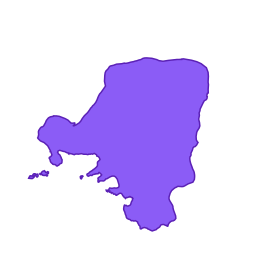 the district of Nyamagana, Mwanza, United Republic of Tanzania, rotated 293°
{"feature_id": "72390352B17873975087440", "entity_name": "Nyamagana", "entity_type": "district", "adm_level": 2, "iso_a3": "TZA", "parent_name": "United Republic of Tanzania", "parent_adm1": "Mwanza", "projection": "albers", "projection_center": [32.9, -2.576], "detail": "fine", "context": "isolated", "style": "filled", "palette": "violet", "viewbox_px": 256, "rotation_deg": 293, "n_neighbors": 0, "source": "geoboundaries", "source_scale": "gbopen_adm2", "svg_char_len": 5582}
<svg xmlns="http://www.w3.org/2000/svg" viewBox="0 0 256 256"><g transform="rotate(293 128 128)"><path d="M80.3,61.0L76.7,65.5L75.8,65.6L75.9,66.3L73.7,68.3L72.8,68.5L71.1,67.9L70.7,67.6L70.5,67.2L69.8,67.1L69.2,67.4L68.6,68.4L66.7,69.8L65.9,71.2L65.7,72.3L65.3,72.8L65.4,74.0L65.9,75.3L65.7,76.1L65.3,76.6L65.4,77.0L65.2,77.3L65.4,77.8L65.9,78.0L66.7,78.8L67.9,79.1L69.0,79.9L69.5,80.5L70.2,80.7L72.1,80.1L73.1,79.7L73.8,78.7L74.7,78.0L76.6,75.7L76.8,75.2L76.9,74.1L77.9,73.2L78.1,72.7L79.7,72.7L80.8,73.9L81.2,77.6L81.6,79.2L81.4,80.5L81.4,81.9L81.7,82.5L81.7,83.4L81.0,83.4L80.9,83.8L81.8,83.8L82.0,85.8L82.3,86.3L82.3,87.9L82.5,89.1L83.3,89.6L84.1,91.1L84.5,92.5L86.2,95.2L86.5,97.4L87.5,99.8L87.7,101.1L88.0,101.7L88.6,102.1L89.1,103.5L89.8,104.2L90.1,105.7L91.4,106.8L91.1,109.3L90.8,109.8L90.0,110.2L90.1,111.7L89.9,112.2L89.7,112.8L88.2,114.5L87.7,114.5L84.9,113.3L83.8,113.5L82.5,114.2L81.2,114.6L79.6,114.2L77.1,113.0L76.1,112.2L75.2,111.9L72.4,109.9L71.0,109.5L69.8,108.4L69.3,108.3L68.5,108.8L68.2,109.3L68.1,110.3L70.0,112.1L70.0,112.8L70.2,113.4L71.3,113.8L72.3,115.2L73.1,115.9L73.0,116.4L73.7,117.0L74.1,118.3L75.7,118.6L75.9,119.2L75.3,120.1L74.9,121.6L74.5,122.1L72.8,121.5L70.6,120.1L70.1,120.0L69.5,120.2L69.2,120.7L67.5,121.0L66.6,121.6L66.6,122.0L66.8,122.3L67.1,122.4L67.3,122.1L67.8,122.6L68.2,122.6L69.1,124.5L69.7,126.2L70.6,127.0L72.3,127.4L73.1,128.5L75.6,130.3L77.1,131.7L77.8,132.7L78.3,134.1L78.1,135.7L76.7,138.1L72.2,141.9L70.6,142.6L70.0,142.5L69.1,142.0L68.0,140.6L67.5,138.8L66.2,136.8L65.6,134.6L64.8,134.4L63.2,134.4L62.6,134.0L62.5,133.8L62.7,133.3L62.4,133.1L62.3,132.2L61.9,132.4L61.8,132.8L61.5,132.9L61.4,133.1L61.5,133.4L61.3,134.1L62.2,134.4L62.6,135.4L62.3,135.3L61.8,135.7L61.7,136.1L61.8,136.3L62.1,136.3L62.2,137.2L61.5,138.1L62.2,138.4L62.2,139.3L61.6,140.3L61.5,140.9L62.0,141.4L62.0,142.3L61.9,142.8L61.5,143.0L61.5,143.4L61.6,143.8L64.2,145.5L64.8,146.1L65.1,146.9L65.1,147.5L64.7,148.5L63.5,149.9L63.4,150.7L62.6,151.6L62.6,152.7L62.1,153.2L62.4,153.4L63.4,153.6L63.6,154.3L64.0,154.9L64.8,155.6L64.8,156.0L65.2,156.4L65.7,156.5L65.7,157.2L65.4,157.7L65.6,159.3L65.2,159.4L64.9,160.1L64.3,159.9L63.5,160.3L61.4,160.0L58.6,160.3L57.7,160.0L56.2,158.6L55.8,157.7L56.0,157.1L56.1,156.4L55.3,155.6L55.7,155.4L55.8,155.0L55.5,154.8L54.3,154.9L52.1,155.5L51.1,156.0L50.1,157.0L49.7,157.6L47.3,159.5L46.6,160.4L45.3,161.2L44.4,162.5L44.3,164.3L44.5,165.9L44.0,166.9L44.0,167.6L44.7,168.7L44.6,169.6L45.1,170.5L45.5,170.8L45.5,171.7L45.3,172.4L45.3,173.5L44.1,174.4L43.7,175.1L42.9,175.9L42.4,177.2L42.1,177.5L40.6,178.3L40.1,178.7L40.1,179.2L40.5,179.8L41.4,180.2L42.8,181.9L43.2,184.8L42.8,185.5L42.9,186.7L42.7,188.8L42.7,190.5L45.5,193.7L46.7,194.1L48.7,195.5L49.6,195.9L51.5,196.1L52.3,196.9L53.2,198.7L53.0,200.6L53.4,201.5L52.9,202.3L53.1,202.9L53.8,202.7L53.8,202.9L54.3,202.9L55.5,202.8L57.2,203.2L58.9,204.1L59.4,204.6L60.4,206.1L60.9,206.4L61.3,206.8L63.4,207.4L65.7,206.2L70.2,202.0L72.1,200.6L73.3,200.0L74.3,199.1L77.4,194.8L78.7,193.5L80.6,192.7L84.5,192.3L87.4,192.6L90.1,193.9L91.6,194.8L92.1,195.4L93.8,196.7L95.1,200.6L95.8,201.8L96.9,202.8L100.1,205.2L103.5,208.9L106.6,209.2L109.1,208.4L110.7,207.7L112.8,206.4L113.9,205.5L115.5,203.6L117.3,202.0L119.8,199.6L121.9,198.0L123.8,196.9L125.5,196.3L126.6,196.6L127.8,196.6L129.3,195.8L132.7,195.9L135.4,195.6L136.4,196.1L137.1,197.0L139.0,197.8L142.1,198.1L142.5,197.1L143.8,195.5L146.8,194.0L150.6,193.0L152.1,192.9L155.8,193.5L158.0,193.3L161.1,191.6L163.7,189.6L167.5,188.8L169.6,187.6L172.0,187.5L173.6,187.0L180.1,187.3L183.0,187.6L184.4,188.8L185.8,189.2L187.9,188.7L188.0,188.2L189.1,187.8L190.9,187.5L191.6,188.2L194.8,186.7L199.4,185.1L201.5,183.8L207.0,181.8L210.5,180.0L214.1,176.6L215.8,170.2L215.9,165.4L215.2,160.0L213.3,152.0L212.4,150.4L212.1,150.6L210.2,146.3L205.9,138.6L203.1,134.1L202.1,130.1L202.2,127.8L201.5,122.8L199.9,118.0L199.1,116.2L198.0,114.6L196.0,113.1L194.8,111.4L193.3,109.8L192.3,108.3L191.2,107.1L189.7,104.8L188.1,102.9L186.9,101.1L186.2,99.4L186.3,99.2L184.7,97.1L182.3,92.5L180.2,90.3L178.3,87.7L177.4,87.0L174.6,86.5L171.8,85.4L169.9,85.4L167.3,86.1L161.8,88.1L157.8,90.9L157.3,90.8L150.2,89.3L148.2,88.6L145.9,88.4L143.8,88.4L142.1,88.5L138.9,88.3L136.0,87.5L134.7,86.8L132.8,86.4L131.6,85.8L130.3,85.7L126.3,84.8L122.4,83.1L118.8,82.2L116.2,81.9L113.7,81.1L110.5,78.9L108.8,77.3L108.8,76.9L110.4,77.4L111.1,77.4L111.7,77.2L111.8,76.8L110.7,75.0L110.3,73.5L111.8,69.7L112.1,66.3L111.9,60.3L111.2,57.6L110.0,54.6L109.5,54.6L108.1,52.4L107.5,51.8L106.2,50.8L103.1,49.9L100.1,49.9L98.0,49.6L97.4,49.7L95.7,48.9L95.1,47.9L93.7,47.3L90.9,46.8L89.5,47.0L86.8,48.4L84.2,48.8L83.6,48.7L83.1,49.4L81.9,52.4L81.8,56.5L80.3,61.0ZM52.0,65.9L51.6,64.7L51.1,64.8L50.9,65.6L51.6,66.8L51.6,67.3L51.2,67.6L51.2,68.0L51.4,68.1L51.4,69.3L52.3,70.3L52.3,70.7L52.0,71.6L52.4,72.0L52.5,72.5L52.8,72.5L53.2,71.6L53.6,71.5L54.4,71.6L54.8,72.4L55.6,72.4L56.0,71.8L56.4,71.8L56.4,71.0L55.5,70.6L54.9,69.5L55.4,69.2L56.0,67.8L55.5,67.6L55.5,67.1L55.2,66.7L54.3,66.1L53.2,65.7L52.0,65.9ZM43.9,56.2L42.9,56.2L43.6,58.5L44.0,59.6L45.3,60.5L45.8,60.5L46.2,60.8L47.3,60.5L47.8,60.8L47.9,61.1L47.8,62.3L47.3,63.0L47.4,63.6L48.1,63.9L48.7,64.0L49.7,63.5L50.3,62.9L48.7,61.1L48.9,60.9L49.4,61.0L49.6,60.9L49.4,59.9L49.2,59.5L48.8,59.0L47.9,58.7L47.5,58.8L47.4,59.0L46.5,59.1L46.6,58.6L46.1,57.9L46.1,57.3L45.7,56.6L45.4,56.6L45.1,56.3L44.4,56.4L43.9,56.2ZM66.2,104.8L65.5,103.5L64.7,103.4L64.7,103.2L64.4,103.1L63.0,104.1L62.9,104.6L63.0,105.0L64.2,105.1L64.6,104.9L65.5,105.3L66.0,105.4L66.2,104.8Z" fill="#8b5cf6" stroke="#5b21b6" stroke-width="1.5"/></g></svg>